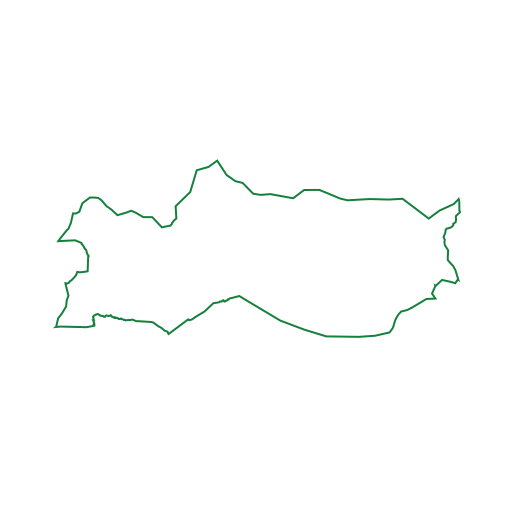 Bulgan, Hovd, Mongolia (Mercator projection), rotated 259°
{"feature_id": "93677404B6267126121439", "entity_name": "Bulgan", "entity_type": "district", "adm_level": 2, "iso_a3": "MNG", "parent_name": "Mongolia", "parent_adm1": "Hovd", "projection": "mercator", "projection_center": [91.063, 45.925], "detail": "fine", "context": "isolated", "style": "outline", "palette": "green", "viewbox_px": 512, "rotation_deg": 259, "n_neighbors": 0, "source": "geoboundaries", "source_scale": "gbopen_adm2", "svg_char_len": 5020}
<svg xmlns="http://www.w3.org/2000/svg" viewBox="0 0 512 512"><g transform="rotate(259 256 256)"><path d="M224.5,46.1L224.0,50.6L223.7,52.1L221.1,64.0L219.6,71.0L219.4,71.7L218.5,75.8L218.4,81.0L218.4,84.0L218.5,84.1L218.8,84.3L219.0,84.3L219.2,84.2L219.8,84.0L219.9,83.8L220.0,83.9L220.3,84.0L220.5,84.1L220.8,84.1L221.1,84.0L221.3,84.1L221.5,84.2L221.5,84.3L222.0,84.1L222.3,84.2L222.5,84.1L222.8,84.1L223.1,84.2L223.3,84.2L223.5,84.1L223.6,84.3L223.8,84.3L223.9,84.5L224.0,84.4L224.0,84.5L224.3,84.6L224.5,84.6L224.9,84.5L225.0,84.5L225.1,84.4L225.5,84.4L225.6,84.5L225.9,84.6L226.0,84.6L226.3,84.6L226.6,84.5L226.9,84.6L227.1,84.5L227.3,84.6L227.5,84.5L227.8,84.7L228.0,85.0L228.3,85.4L228.4,85.8L228.6,86.1L228.7,86.5L228.9,87.5L229.2,87.9L229.1,88.2L229.1,88.6L229.1,88.8L229.2,89.1L229.3,89.4L229.1,89.9L228.7,90.1L228.1,91.1L227.7,91.6L227.3,91.6L227.1,91.8L226.9,92.4L226.4,93.9L226.3,94.4L226.3,94.5L225.4,95.1L225.2,95.6L225.1,96.0L225.8,96.8L226.3,97.7L225.3,99.5L225.2,100.9L225.4,101.7L225.6,102.0L225.3,102.3L225.1,102.6L224.6,102.8L224.2,102.8L223.8,103.0L223.6,103.2L223.4,103.6L223.3,103.9L223.3,104.2L222.9,104.5L222.9,104.8L222.7,104.9L222.6,105.0L222.3,105.2L222.3,105.3L222.3,105.6L222.2,105.6L222.2,105.9L222.2,106.0L222.4,106.1L222.2,106.3L221.9,106.4L221.9,106.7L221.9,106.8L222.0,107.3L221.9,107.5L221.7,107.7L221.7,107.8L221.6,108.2L221.6,108.3L221.3,108.5L221.2,108.5L220.9,108.9L220.5,109.1L220.5,109.3L220.2,109.6L220.2,109.9L220.2,110.0L220.1,110.4L220.1,110.5L220.4,110.8L220.4,111.0L220.4,111.3L220.4,111.5L220.3,111.8L220.1,111.9L219.8,112.0L219.6,112.1L219.5,112.3L219.4,112.6L219.4,112.8L219.3,113.0L219.2,113.1L219.0,113.6L218.9,113.9L218.6,114.3L218.4,114.3L218.4,114.7L218.4,114.8L218.3,115.0L218.1,115.3L217.9,115.4L217.7,115.7L217.7,116.1L217.7,116.7L217.6,117.2L217.5,118.8L217.3,119.2L217.2,120.0L217.1,120.8L217.1,121.0L217.2,122.5L214.9,126.0L214.3,128.7L211.2,140.6L210.7,141.5L210.4,142.4L210.1,142.7L205.9,146.5L204.5,148.2L204.2,148.6L203.8,149.0L203.5,149.4L203.1,149.7L201.0,151.4L200.1,152.1L198.6,154.7L196.9,155.0L196.6,155.1L196.1,155.3L201.0,165.5L201.9,167.4L204.7,173.1L204.9,173.5L206.7,177.3L206.2,177.6L205.7,178.2L205.9,180.6L206.0,181.2L207.5,184.4L211.4,195.0L213.2,197.9L214.0,199.1L217.8,205.1L217.6,210.3L217.7,211.3L218.2,212.0L218.0,212.3L218.0,212.7L218.0,213.0L218.0,213.3L218.0,213.5L217.9,213.6L218.0,214.0L218.4,214.4L218.6,214.8L218.8,215.3L218.6,215.4L218.6,215.6L218.4,216.0L218.1,216.1L217.8,216.1L217.4,216.2L217.4,216.3L217.3,217.0L217.4,217.4L217.5,217.6L217.6,217.9L217.7,218.0L217.8,218.1L218.0,218.4L217.9,218.6L217.9,218.8L218.0,219.0L218.1,219.3L218.1,219.6L218.2,219.8L218.3,219.9L218.4,220.0L218.5,220.6L218.8,220.6L218.8,221.0L218.9,221.4L219.1,221.7L219.2,221.9L219.3,222.1L219.4,222.3L219.4,222.6L219.5,222.9L219.4,224.5L219.9,231.9L204.2,249.4L187.9,267.6L174.3,289.7L163.7,309.6L157.0,341.6L155.0,357.7L155.5,372.6L158.9,376.2L160.8,377.5L163.0,378.6L163.6,378.9L165.3,379.8L166.6,380.6L169.1,382.5L169.9,383.2L171.9,385.3L173.8,387.9L174.1,394.1L175.6,399.3L180.7,413.5L181.3,415.0L180.0,424.0L185.6,421.6L186.2,422.1L191.8,426.0L192.7,426.3L192.8,426.3L192.7,426.4L192.7,426.7L192.6,426.9L192.6,427.0L197.0,434.1L194.0,441.0L191.3,446.4L194.3,449.5L193.8,450.1L203.8,449.1L208.4,447.7L215.3,443.5L217.8,443.9L224.9,445.7L230.5,443.5L231.6,443.5L233.1,443.5L236.1,444.4L238.6,443.7L243.0,446.4L245.6,447.2L246.5,448.3L246.6,451.2L247.2,453.8L248.7,455.6L249.8,455.6L251.1,458.4L254.0,459.5L256.0,459.5L257.4,460.2L259.5,463.8L260.4,464.7L261.6,464.3L270.4,465.9L273.2,465.8L272.5,464.8L269.2,459.9L265.6,444.9L259.8,432.7L284.2,410.8L286.1,397.0L290.2,378.6L293.2,356.5L296.3,349.7L308.8,330.8L311.6,315.8L305.6,303.5L314.0,281.9L315.1,272.2L317.7,265.1L330.3,256.8L333.4,250.0L341.1,242.6L357.0,236.1L352.5,226.4L351.5,214.2L331.3,203.6L320.2,186.6L308.2,185.0L307.4,184.0L307.2,183.5L306.8,182.8L306.4,182.1L306.1,181.7L305.6,181.5L305.3,181.1L305.0,180.5L304.4,179.9L303.7,179.7L303.2,179.2L302.9,178.7L302.5,178.3L302.2,178.0L302.1,169.1L313.9,161.6L315.7,152.7L321.4,146.3L324.2,142.2L323.3,136.7L322.5,127.8L328.9,123.1L333.5,118.8L340.3,114.9L343.2,112.1L344.1,108.9L345.1,104.2L340.9,95.6L333.1,91.0L332.1,87.3L332.7,84.5L323.8,80.6L318.4,77.0L317.4,75.2L310.6,67.2L308.3,64.8L305.9,81.5L302.1,87.2L301.8,87.3L301.6,87.3L301.3,87.2L300.9,87.2L299.9,87.8L299.7,88.0L298.8,88.5L298.1,88.7L297.6,88.9L297.1,88.9L296.8,89.0L296.3,89.3L295.3,89.6L295.2,89.8L294.8,90.2L294.0,90.4L293.4,90.5L292.7,90.6L292.2,90.6L291.2,90.5L290.6,90.7L290.1,90.8L289.7,90.8L289.4,90.9L289.2,91.1L288.9,91.4L288.7,91.6L288.2,91.6L287.8,91.7L287.6,91.6L287.5,91.3L287.2,91.1L273.1,87.8L273.3,83.1L273.6,79.8L274.5,77.5L272.9,76.6L272.2,76.1L271.6,75.9L270.2,74.2L269.6,73.4L268.9,72.3L267.6,70.6L267.3,70.0L267.0,69.2L266.8,68.6L266.6,68.4L266.2,68.0L265.9,67.8L265.4,67.0L265.1,66.1L265.1,65.4L265.6,63.7L252.8,64.3L248.5,61.7L242.7,60.0L236.7,54.6L232.6,49.9L224.6,46.3L224.5,46.1Z" fill="none" stroke="#15803d" stroke-width="2"/></g></svg>